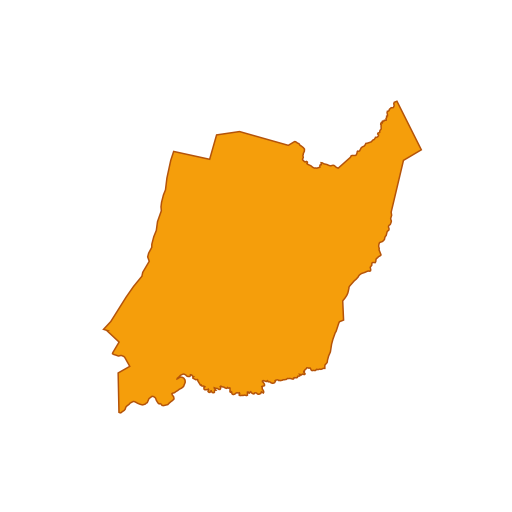 District Autonome D'Abidjan, Lagunes, Ivory Coast, rotated 112°
{"feature_id": "98640826B76853064397847", "entity_name": "District Autonome D'Abidjan", "entity_type": "district", "adm_level": 2, "iso_a3": "CIV", "parent_name": "Ivory Coast", "parent_adm1": "Lagunes", "projection": "robinson", "projection_center": [-4.007, 5.412], "detail": "fine", "context": "isolated", "style": "filled", "palette": "amber", "viewbox_px": 512, "rotation_deg": 112, "n_neighbors": 0, "source": "geoboundaries", "source_scale": "gbopen_adm2", "svg_char_len": 6126}
<svg xmlns="http://www.w3.org/2000/svg" viewBox="0 0 512 512"><g transform="rotate(112 256 256)"><path d="M59.7,183.3L61.7,185.4L63.3,185.3L64.0,184.7L65.0,184.2L66.2,184.2L67.2,184.5L67.9,186.3L68.8,186.5L69.4,187.0L70.2,187.3L71.1,187.1L72.1,187.5L72.6,188.4L74.2,188.1L75.2,187.3L76.8,186.6L77.4,187.3L78.7,186.7L79.7,187.0L80.6,186.4L81.4,186.2L82.1,187.9L83.1,188.0L83.3,188.9L83.9,189.4L84.5,188.8L85.3,188.7L85.5,189.8L86.4,189.9L87.2,189.7L87.6,188.9L88.3,188.9L91.1,187.6L91.9,187.6L92.8,188.0L94.0,188.0L95.1,187.6L96.4,189.0L97.3,188.9L97.8,187.8L98.6,187.5L99.5,187.7L100.7,188.4L101.2,189.7L102.2,189.7L103.8,190.1L104.4,190.9L107.1,192.0L109.9,195.3L110.4,196.3L112.4,196.5L113.3,196.7L115.2,198.4L116.3,199.0L119.7,199.3L120.4,199.9L120.7,201.1L121.6,201.2L122.6,200.9L124.7,200.9L125.6,201.6L126.7,204.4L127.4,205.3L128.4,205.3L129.5,205.6L143.8,212.7L143.7,214.9L143.0,216.8L142.8,217.9L143.3,219.1L144.4,220.4L144.6,221.4L144.7,222.3L144.6,224.5L145.1,227.6L144.8,229.4L145.1,230.6L146.9,229.6L147.4,230.6L148.5,230.6L149.7,230.0L151.8,232.5L152.0,233.6L152.6,234.7L152.5,236.7L151.8,238.8L151.6,242.8L151.1,243.5L150.4,243.2L149.6,243.6L149.4,244.7L150.4,245.7L150.3,246.6L149.3,248.9L148.4,249.2L147.1,249.0L145.2,250.2L144.2,250.2L143.4,250.5L140.7,250.4L138.7,251.1L137.8,252.7L137.0,255.5L136.8,256.8L136.2,257.5L135.7,258.4L135.8,259.6L135.2,262.0L135.4,263.0L136.1,263.6L141.3,267.5L146.8,317.9L158.5,337.9L183.7,335.2L189.9,371.5L199.1,370.9L217.1,367.8L228.6,364.7L234.0,364.7L241.5,363.7L246.0,362.5L249.6,360.7L261.0,360.2L269.7,358.0L276.4,358.0L284.1,357.0L287.0,355.9L293.6,356.6L297.4,356.1L300.9,353.0L313.6,354.9L317.5,354.2L330.0,358.1L342.7,361.0L371.2,366.1L381.1,369.9L380.8,365.8L381.1,366.2L387.1,350.7L398.7,352.5L400.0,352.6L400.4,352.4L400.6,350.9L400.4,349.0L400.3,346.3L400.0,345.6L399.0,344.3L398.7,343.6L398.6,342.8L398.7,340.9L399.1,339.8L405.6,331.7L416.1,340.0L452.3,324.5L452.3,323.1L451.8,322.4L450.5,321.7L448.4,320.3L446.9,319.9L445.1,320.1L443.7,319.7L441.0,318.1L439.5,317.6L436.8,315.3L436.5,313.6L436.9,310.6L436.9,308.1L436.7,306.2L436.5,305.3L434.8,303.2L433.3,302.5L432.7,301.9L428.3,301.8L425.0,299.8L424.7,298.2L425.1,296.5L425.5,295.8L427.2,294.3L429.0,291.8L429.3,291.1L429.4,290.3L428.8,289.7L428.8,288.9L429.7,287.1L429.4,285.7L426.8,282.1L425.0,281.4L422.7,280.2L422.0,279.7L419.8,278.6L419.2,278.5L417.4,279.6L416.1,281.7L415.1,282.4L414.5,282.0L413.3,280.4L412.8,280.0L412.3,279.9L410.1,278.2L408.3,277.2L406.4,275.5L404.2,274.3L399.9,274.3L399.2,274.5L397.5,275.4L397.3,275.8L396.4,277.0L396.1,278.5L396.3,279.9L396.6,280.7L397.0,281.2L399.0,282.6L399.5,283.1L398.9,283.2L396.9,282.1L395.0,281.4L393.3,279.9L392.8,279.3L392.5,278.6L392.5,278.0L392.6,276.6L393.2,275.4L393.3,274.6L393.2,274.0L392.8,272.8L392.4,272.2L391.2,272.0L390.6,272.3L390.4,271.7L390.5,270.8L391.3,269.6L391.2,268.6L392.4,269.0L392.9,268.8L393.3,265.4L393.0,264.9L392.5,264.4L392.5,263.8L393.7,263.0L396.5,259.2L396.1,258.4L396.7,258.1L396.8,257.3L396.2,255.7L396.4,254.4L397.7,255.0L399.0,254.2L399.2,253.5L398.8,252.3L397.9,250.8L397.3,250.3L397.8,249.8L399.5,249.8L399.9,249.1L400.0,248.4L399.7,247.6L399.0,247.4L398.2,247.5L397.8,247.0L398.3,246.7L399.0,245.3L398.6,243.9L398.0,243.5L396.5,244.0L395.8,243.7L395.5,243.0L394.5,244.9L393.8,245.3L393.8,243.8L393.3,242.1L393.6,240.4L393.3,239.5L392.7,239.2L391.8,239.3L391.0,239.6L390.6,240.3L389.9,240.0L389.8,239.3L390.0,238.5L389.6,236.6L389.9,235.2L389.8,233.8L389.2,233.2L388.6,233.1L388.9,232.3L388.7,231.7L388.2,231.3L388.2,230.6L391.6,229.3L391.9,228.7L391.8,228.1L391.1,228.3L391.2,227.7L392.7,226.7L393.0,225.9L393.0,225.2L392.0,223.9L390.5,223.1L389.9,222.5L389.7,221.1L389.0,220.2L389.9,219.4L390.6,219.7L391.3,219.5L391.4,218.5L390.8,217.3L390.3,216.6L390.3,215.9L389.3,214.6L388.9,212.3L388.3,211.8L385.4,213.0L385.0,212.5L385.8,211.0L385.4,210.6L384.3,210.5L383.8,210.1L384.7,208.5L384.9,206.8L384.3,206.0L383.6,206.1L382.9,204.9L382.9,204.0L383.3,203.2L383.4,202.4L383.1,201.5L381.7,200.1L379.9,200.1L380.3,197.9L379.4,197.8L378.5,198.3L377.4,199.6L377.0,200.4L375.8,200.8L374.8,201.7L373.1,199.6L372.4,199.7L371.6,200.3L370.3,202.1L370.2,202.9L369.4,203.2L368.8,202.7L368.6,201.9L368.6,199.5L367.3,198.8L367.5,198.2L368.0,197.9L368.0,197.2L367.7,196.7L367.6,195.7L367.7,195.1L368.0,194.5L367.8,192.9L367.2,192.0L366.5,191.3L364.8,191.1L364.4,191.6L363.8,191.2L362.8,189.8L362.7,188.8L363.0,188.2L362.8,187.7L362.3,187.3L362.4,186.6L361.1,184.8L360.5,184.5L360.3,183.7L359.0,181.6L357.8,181.0L357.3,179.5L356.8,178.8L356.4,176.0L356.1,175.3L355.5,175.0L355.0,175.4L354.4,174.9L353.8,172.9L353.1,172.1L352.5,172.3L351.8,172.2L351.0,170.7L350.5,170.4L350.0,170.5L349.4,171.3L349.2,170.5L349.5,169.7L349.2,169.2L348.6,169.1L348.0,168.5L348.0,167.5L347.7,166.6L347.0,166.3L346.5,166.7L346.3,167.6L345.8,168.2L345.1,168.5L345.0,167.9L343.4,168.1L341.5,167.1L340.6,167.0L340.2,165.9L340.2,164.9L339.8,164.4L339.6,163.7L341.0,162.2L341.3,161.4L341.0,160.5L340.6,160.1L340.1,158.3L339.5,157.7L338.7,157.6L338.2,157.1L338.3,156.4L338.0,155.7L337.0,154.6L336.9,153.7L336.6,153.1L336.0,152.4L335.0,151.6L334.4,150.1L331.9,151.1L331.2,151.2L328.3,150.2L327.6,150.2L325.9,150.7L321.5,151.2L317.1,151.1L309.3,152.9L304.4,153.5L297.5,153.8L296.0,153.5L287.2,154.1L285.7,154.0L282.6,150.8L265.1,158.8L261.9,157.8L258.6,157.1L256.0,157.0L254.4,157.2L250.9,157.8L250.4,158.1L248.7,157.9L242.2,155.6L239.9,154.4L237.1,153.4L235.8,153.3L234.5,152.8L232.7,151.6L230.4,148.9L228.5,147.1L227.8,146.1L227.5,144.9L226.9,144.3L225.9,144.4L223.6,145.9L221.2,145.2L219.3,145.9L218.5,145.5L218.2,145.1L217.5,143.0L216.2,142.9L214.1,143.5L213.2,143.3L211.8,142.5L210.8,142.2L209.1,140.8L208.2,140.5L207.8,140.8L204.2,144.2L202.8,144.6L201.1,145.9L199.3,146.4L197.9,146.5L197.2,146.4L195.1,144.1L193.2,143.3L192.4,143.1L190.6,143.5L189.6,143.4L188.1,143.0L184.7,143.5L183.8,143.4L182.4,142.6L181.9,142.6L181.0,142.8L179.4,144.1L178.6,144.3L177.5,144.0L176.6,143.4L176.2,143.3L173.5,143.4L172.7,143.7L172.0,144.4L170.8,145.2L167.4,145.5L164.7,147.1L112.1,155.1L95.6,142.5L59.7,183.3Z" fill="#f59e0b" stroke="#b45309" stroke-width="1.5"/></g></svg>